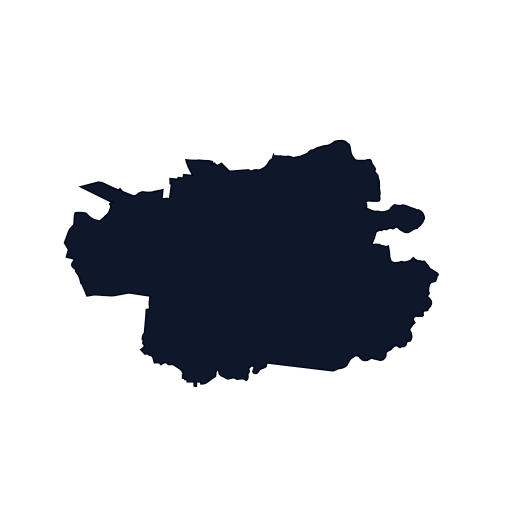 the district of Yecuatla, Veracruz, Mexico, rotated 232°
{"feature_id": "50627088B64741996810444", "entity_name": "Yecuatla", "entity_type": "district", "adm_level": 2, "iso_a3": "MEX", "parent_name": "Mexico", "parent_adm1": "Veracruz", "projection": "orthographic", "projection_center": [-96.776, 19.847], "detail": "fine", "context": "isolated", "style": "filled", "palette": "ink", "viewbox_px": 512, "rotation_deg": 232, "n_neighbors": 0, "source": "geoboundaries", "source_scale": "gbopen_adm2", "svg_char_len": 6145}
<svg xmlns="http://www.w3.org/2000/svg" viewBox="0 0 512 512"><g transform="rotate(232 256 256)"><path d="M253.2,107.5L248.9,108.0L247.4,107.9L246.4,109.2L245.7,110.5L244.0,110.7L243.0,111.4L240.9,112.6L239.0,112.2L234.5,110.2L233.4,111.6L232.3,113.2L230.8,114.2L228.9,114.2L228.8,116.4L228.2,118.4L227.0,119.9L224.5,120.0L221.5,124.1L220.1,124.4L213.5,126.7L210.7,126.8L207.9,126.2L207.2,125.6L207.6,125.0L205.0,122.9L203.4,124.5L202.5,123.9L201.0,125.6L199.3,124.3L198.5,125.2L195.0,129.8L191.6,127.2L190.1,128.8L193.5,131.7L190.7,135.0L189.2,133.8L189.0,134.0L187.4,136.3L186.9,138.0L186.6,140.0L186.5,144.8L186.2,150.0L187.8,151.7L189.3,152.9L189.8,154.3L190.7,155.7L189.7,156.0L188.2,155.9L186.9,155.1L185.8,154.5L183.7,154.7L181.7,155.6L180.2,156.5L177.9,157.1L176.5,158.1L175.1,160.9L174.0,163.4L172.7,164.2L171.0,164.9L170.1,165.9L168.9,168.0L167.5,170.0L165.7,171.3L164.2,171.5L164.0,172.9L164.7,174.3L166.1,175.6L167.7,176.6L168.5,177.9L168.9,179.5L169.8,180.1L171.0,180.4L171.9,180.9L172.2,183.8L171.7,185.7L170.2,186.2L169.3,185.9L168.5,185.0L167.9,183.8L167.0,182.5L165.5,182.1L164.2,182.8L163.4,183.8L163.1,185.2L163.4,186.6L164.0,187.9L164.1,190.0L163.1,193.0L162.7,195.8L164.0,197.2L164.9,198.9L118.1,246.0L117.0,249.6L116.5,251.9L115.2,253.8L114.3,256.4L113.9,258.4L114.0,260.3L115.1,262.6L115.7,264.3L116.3,265.6L116.7,267.7L116.3,273.1L114.7,274.8L112.9,275.4L111.4,275.3L108.3,276.0L106.7,277.4L105.3,279.5L104.8,283.1L104.1,284.6L102.4,285.6L100.8,287.0L97.1,289.9L96.1,292.4L96.4,294.6L97.1,296.5L98.5,297.9L99.7,298.6L100.0,300.2L99.9,301.9L99.4,303.7L99.3,305.1L99.8,307.0L99.8,309.3L99.1,311.7L97.3,312.2L95.3,313.1L94.8,315.4L93.7,316.6L93.4,318.7L94.2,320.2L95.4,321.6L95.2,323.3L94.2,324.8L94.6,326.6L95.9,328.4L97.0,329.4L99.5,330.7L101.1,331.2L103.2,331.4L104.0,332.7L105.4,337.4L105.6,340.1L108.7,340.5L110.2,341.8L110.6,343.5L110.2,345.2L108.6,346.6L107.1,348.9L106.2,349.7L106.2,351.2L108.7,352.7L109.4,354.8L108.3,356.1L107.5,357.8L108.6,359.3L108.7,360.3L109.0,362.3L109.8,364.0L110.9,365.3L112.6,366.4L115.8,366.5L119.0,366.1L119.5,368.1L120.1,369.6L121.9,370.1L122.9,370.2L123.0,370.9L123.4,371.4L124.1,372.0L124.7,372.0L124.9,372.2L124.9,372.8L125.4,373.1L125.9,374.2L126.5,374.4L126.9,375.1L127.2,376.3L127.4,377.9L126.1,380.7L125.8,381.9L126.0,382.6L127.9,385.4L128.8,386.5L129.0,387.3L129.0,388.1L130.9,388.3L134.4,386.9L136.6,386.3L138.8,385.2L143.0,385.6L145.5,385.4L146.6,385.5L148.4,385.3L149.3,383.7L150.2,382.7L151.2,382.4L151.7,381.3L152.4,380.4L153.5,380.2L155.1,379.3L157.7,379.0L157.8,377.7L157.3,376.4L157.8,373.4L159.5,369.4L162.2,367.0L162.8,365.0L164.1,362.8L165.5,360.7L167.3,359.9L168.1,359.0L172.8,360.6L176.9,363.4L182.4,366.4L183.5,363.8L184.7,363.2L187.4,360.9L189.0,360.4L190.2,358.9L191.4,357.8L192.7,355.4L194.3,354.9L196.6,358.9L197.1,360.0L198.3,361.6L200.9,365.2L201.1,366.0L200.3,369.3L198.8,370.7L198.7,372.6L198.0,373.8L196.4,375.1L196.3,376.8L194.9,379.7L193.2,380.5L192.8,382.4L192.8,383.8L191.7,385.2L190.0,385.5L187.8,385.8L185.4,387.0L183.3,387.7L182.0,388.9L180.7,390.8L180.1,395.5L179.9,397.6L178.7,400.0L179.1,401.6L179.1,403.1L179.0,404.4L179.6,406.1L179.8,407.1L180.2,408.4L180.8,409.6L181.5,410.4L181.6,411.4L183.0,412.5L184.5,413.1L187.4,413.8L189.9,413.4L192.2,412.4L193.4,410.9L195.6,409.9L198.1,408.1L201.9,405.9L203.9,404.6L205.9,403.0L206.2,401.8L207.2,400.3L208.7,398.6L211.1,396.6L211.1,394.4L210.9,391.8L210.0,390.1L210.3,388.5L211.3,385.5L212.6,383.1L214.1,381.2L216.3,379.5L217.7,377.3L219.8,375.6L222.7,374.1L224.3,373.1L225.7,371.7L226.2,373.0L226.7,373.6L229.1,375.1L230.0,375.3L230.8,375.5L231.1,376.2L230.8,377.6L230.1,378.9L228.9,380.0L227.9,381.2L226.8,382.2L226.1,383.8L225.5,384.0L223.9,386.3L223.8,387.4L224.3,388.3L226.2,389.7L227.3,390.2L228.3,391.6L229.1,392.3L230.7,393.3L232.3,394.2L233.5,394.7L234.5,395.8L238.9,399.0L239.9,399.4L242.5,400.5L244.8,401.7L246.9,401.5L249.5,401.5L250.5,402.6L251.0,403.6L252.6,403.9L256.9,404.2L258.3,404.5L260.0,405.3L261.8,405.2L263.3,402.8L264.1,400.7L264.4,400.2L266.1,398.2L268.7,394.7L271.2,393.2L273.3,393.4L275.9,393.5L278.2,394.1L280.7,395.3L283.6,397.0L286.3,398.0L291.4,396.9L293.8,395.1L296.4,391.4L297.7,388.8L298.0,384.1L298.7,381.0L300.9,377.3L303.6,370.7L304.2,366.5L305.5,364.4L305.6,362.1L305.1,360.3L305.4,358.7L307.3,351.6L308.2,350.7L308.8,349.0L309.9,347.0L310.6,345.5L312.3,344.8L314.8,342.7L315.3,341.9L316.3,340.1L317.2,339.5L317.9,338.3L319.0,337.6L323.7,331.9L325.0,332.2L322.6,328.8L322.7,325.7L321.1,321.4L320.5,318.0L320.7,315.8L321.3,312.4L322.3,310.6L323.7,309.3L324.8,307.8L325.5,305.1L327.0,303.3L328.3,303.4L339.1,287.2L350.3,285.8L350.6,283.0L351.4,280.7L354.8,280.4L355.4,277.8L357.1,279.8L360.4,277.2L361.9,275.2L367.0,269.6L367.9,268.0L369.1,266.6L370.8,264.4L372.4,262.6L374.9,260.0L372.0,258.7L371.0,258.6L368.2,257.6L365.3,257.0L358.3,255.8L364.5,249.2L363.8,248.7L364.0,248.4L362.2,246.4L365.7,243.1L364.4,241.9L369.9,235.9L365.8,232.9L365.0,234.0L361.9,230.9L354.2,223.0L355.5,222.0L356.2,221.2L357.8,218.8L358.9,217.0L358.9,216.8L359.2,217.4L365.7,223.5L366.4,221.4L369.4,215.7L370.3,213.3L373.1,209.4L376.6,205.8L377.7,202.4L377.5,200.5L377.8,198.2L378.7,196.4L389.0,190.4L392.7,190.3L392.7,188.2L396.3,186.1L400.3,184.0L408.5,179.9L411.2,177.4L418.6,160.3L386.5,175.8L387.2,173.4L386.9,172.6L385.0,172.6L384.1,171.8L383.2,170.6L380.9,166.8L380.3,164.1L380.3,161.6L379.9,160.1L379.7,154.3L381.5,153.0L383.9,151.1L386.2,149.9L388.4,149.1L391.6,148.6L394.3,148.4L396.3,146.6L398.3,144.4L400.1,142.1L401.3,140.1L399.6,137.9L392.8,131.9L391.8,125.8L390.7,123.5L384.3,113.2L376.5,112.2L371.9,105.9L365.3,111.2L363.2,106.1L361.8,104.9L360.1,104.8L355.3,105.7L355.1,104.5L349.8,104.2L347.1,103.4L342.1,101.3L341.9,101.8L340.7,101.4L334.7,100.0L328.6,98.2L326.7,101.6L325.7,103.6L324.5,105.4L322.6,107.5L321.3,109.1L319.5,110.9L318.0,112.7L313.7,117.6L312.0,120.1L310.5,123.1L309.3,125.3L306.0,131.8L304.4,134.0L293.0,144.7L289.8,147.9L285.9,144.1L284.4,142.8L279.7,139.5L281.3,136.6L277.0,132.8L263.9,120.6L263.5,118.9L262.2,116.8L260.5,115.2L258.7,115.1L257.0,113.1L253.6,112.9L253.0,109.7L253.2,107.5Z" fill="#0f172a" stroke="#020617" stroke-width="1.5"/></g></svg>